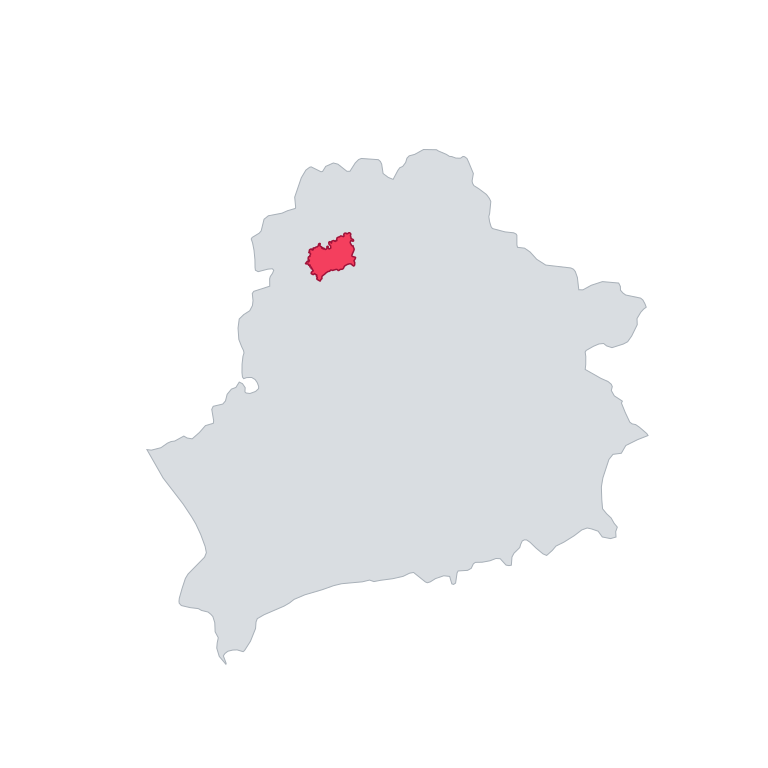 location of Hlybokaye, Vitebsk, Belarus, rotated 338°
{"feature_id": "67162791B12228546801080", "entity_name": "Hlybokaye", "entity_type": "district", "adm_level": 2, "iso_a3": "BLR", "parent_name": "Belarus", "parent_adm1": "Vitebsk", "projection": "albers", "projection_center": [27.835, 55.173], "detail": "fine", "context": "in_parent", "style": "filled", "palette": "rose", "viewbox_px": 768, "rotation_deg": 338, "n_neighbors": 0, "source": "geoboundaries", "source_scale": "gbopen_adm2", "svg_char_len": 9725}
<svg xmlns="http://www.w3.org/2000/svg" viewBox="0 0 768 768"><g transform="rotate(338 384 384)"><path d="M609.5,530.7L598.4,530.6L585.2,531.6L578.1,537.1L569.9,535.0L564.3,538.2L551.8,553.0L547.0,560.8L542.6,572.8L539.9,581.6L541.8,587.7L544.4,593.3L545.2,599.4L546.7,604.1L543.5,607.7L541.8,612.8L536.1,612.2L529.1,607.6L527.4,600.7L522.0,596.0L518.4,593.6L512.7,593.4L503.6,595.9L491.7,598.0L482.7,598.7L477.8,601.3L470.6,603.9L467.8,601.1L463.6,593.3L460.1,585.4L457.8,582.0L455.8,581.1L453.4,581.3L450.6,583.9L448.6,586.5L441.1,589.6L437.8,592.4L434.2,599.7L431.8,599.2L429.3,597.6L426.3,589.5L422.4,587.7L416.0,587.6L408.2,586.0L401.9,583.6L399.5,584.2L395.8,587.6L391.7,588.1L382.7,585.1L381.0,586.5L375.8,595.4L373.4,595.9L372.0,594.7L372.8,587.0L367.6,584.2L358.9,583.7L352.7,584.8L349.7,584.5L348.2,583.0L340.8,569.8L336.8,569.0L329.7,569.5L319.2,567.8L307.2,564.7L300.6,563.4L297.2,560.4L289.8,559.3L269.9,553.3L261.8,552.1L249.8,551.6L231.6,549.8L219.9,550.0L214.4,551.6L208.1,552.5L186.4,553.0L178.6,554.1L176.2,556.7L173.3,562.6L163.8,572.5L154.8,578.9L153.1,579.4L148.2,575.5L144.0,574.0L139.1,573.3L135.5,574.3L133.2,575.9L133.0,583.9L132.4,584.6L129.2,574.8L130.0,566.2L132.4,561.5L135.3,557.2L134.6,550.5L137.7,541.9L138.2,535.5L137.2,532.7L135.4,529.5L130.0,525.6L127.7,522.7L120.3,518.6L113.1,513.5L112.0,510.6L112.5,508.7L114.0,505.9L120.3,497.8L127.0,489.9L131.1,486.8L152.7,477.4L156.1,473.9L157.3,467.7L157.7,455.0L157.1,443.3L155.9,435.3L152.8,420.1L144.0,388.5L139.6,356.0L143.6,358.2L153.3,359.5L161.1,357.7L165.1,357.6L168.6,358.5L178.9,357.3L181.2,360.3L185.6,363.0L194.7,359.8L202.8,355.7L211.0,356.5L212.3,354.3L214.8,343.0L217.3,340.7L227.0,342.2L230.7,340.3L234.7,334.8L240.6,331.6L245.4,331.7L250.5,328.0L252.9,330.7L253.9,335.4L252.1,339.2L252.8,340.7L256.2,342.6L262.1,342.8L266.0,341.3L266.9,339.2L267.0,335.3L266.2,331.6L263.8,328.4L259.1,326.6L255.9,326.5L255.4,324.5L256.6,320.2L259.8,312.5L263.6,305.5L265.8,302.8L266.3,300.4L266.0,296.1L266.1,288.3L269.6,277.5L274.1,269.5L279.9,267.1L286.9,265.8L291.4,262.0L293.8,257.6L295.8,250.7L298.0,249.3L314.7,250.5L317.4,243.6L318.9,241.7L322.1,239.6L324.4,237.2L323.6,235.3L319.3,234.0L309.4,232.7L307.4,230.3L308.1,227.6L310.9,220.4L313.6,211.2L315.0,204.0L315.2,199.8L316.7,198.7L324.8,197.4L327.5,196.0L334.5,186.3L339.8,184.7L353.4,187.4L359.7,187.2L367.6,188.0L368.3,187.0L371.2,177.3L384.6,161.8L391.7,156.4L396.2,155.2L397.8,155.4L405.1,163.6L406.7,163.9L411.5,160.4L419.8,160.1L423.6,162.9L429.3,172.9L432.1,174.0L440.1,168.3L444.5,166.4L447.5,166.4L462.8,173.9L464.0,176.3L464.2,179.3L462.0,188.5L465.3,194.0L469.1,197.7L476.8,191.2L479.6,189.4L482.8,189.3L487.0,186.8L489.9,183.2L492.8,181.9L498.4,182.6L508.5,181.4L520.5,186.5L521.6,188.2L527.8,194.4L530.0,197.5L532.0,198.5L535.3,201.5L539.6,203.3L542.5,202.6L543.9,203.5L545.4,206.0L545.6,210.2L545.7,222.3L541.7,228.8L541.3,231.0L541.6,233.7L545.2,238.7L550.0,246.7L551.2,251.3L551.4,254.8L545.8,265.5L543.9,268.0L542.7,273.1L542.2,278.3L542.8,280.5L553.2,288.3L560.9,292.4L562.7,294.5L562.9,295.9L559.3,304.9L559.0,307.3L565.2,310.7L568.9,316.3L572.3,325.6L578.5,334.3L600.7,346.4L602.7,348.6L603.5,351.4L603.2,357.7L599.9,369.6L603.7,371.2L613.2,370.1L624.9,370.9L639.4,378.3L639.7,382.1L638.4,385.6L639.6,389.1L641.4,392.0L654.1,400.5L655.5,403.1L656.0,407.6L655.9,411.0L652.6,411.9L648.9,413.7L643.1,418.1L641.0,423.9L631.6,432.3L625.7,436.1L620.8,436.6L609.0,435.7L604.7,432.1L602.8,428.7L598.3,427.4L592.3,427.5L584.1,428.6L582.5,429.7L581.4,434.1L578.3,441.6L576.0,445.9L587.2,460.0L592.7,465.7L594.6,469.3L594.7,471.9L592.3,475.2L593.1,481.3L598.6,489.2L597.0,490.6L597.0,500.7L597.6,511.4L599.1,513.9L602.1,515.9L604.6,519.7L609.1,528.4L609.5,530.7Z" fill="#d9dde1" stroke="#a8b0b8" stroke-width="1"/><path d="M400.2,263.3L401.1,262.9L401.4,262.6L401.6,262.2L401.8,261.7L402.0,261.3L402.1,260.8L402.4,260.4L402.4,260.2L402.3,259.5L402.3,259.0L402.3,258.5L402.5,258.3L402.7,258.2L403.0,258.0L403.4,257.7L403.8,257.5L404.2,257.0L404.5,256.8L404.7,256.6L404.9,256.3L405.0,256.1L404.9,255.8L404.7,255.6L404.4,255.3L404.2,255.2L403.9,255.0L403.4,254.6L403.0,254.3L402.7,254.1L402.5,253.8L402.3,253.5L402.2,253.2L402.3,252.8L403.0,252.0L403.8,251.1L404.8,250.2L405.3,249.7L405.7,249.3L406.0,249.0L406.3,248.6L406.7,248.1L406.9,247.4L406.9,247.1L406.9,246.4L406.9,245.4L407.0,244.3L406.6,244.3L406.4,244.1L406.2,243.9L406.0,243.6L406.0,243.4L405.8,242.6L405.8,241.9L405.6,241.6L405.6,241.0L405.6,240.4L405.6,240.1L405.7,239.9L406.6,239.0L406.8,238.7L407.1,238.6L407.6,239.0L407.9,239.4L408.1,239.6L408.6,239.9L408.8,240.0L409.1,239.9L409.3,239.9L409.5,239.6L409.6,239.4L409.6,239.1L409.5,238.6L409.3,238.2L409.0,237.9L408.8,237.7L408.5,237.4L408.2,237.1L408.1,236.9L408.0,236.5L408.1,236.2L408.3,235.7L408.3,235.4L408.4,234.6L408.4,234.2L408.5,233.8L408.9,233.2L409.1,233.0L409.4,232.6L409.4,232.4L409.3,231.9L409.2,231.6L409.0,231.2L408.8,230.9L408.4,230.7L407.9,230.6L407.5,230.7L406.9,230.9L406.2,230.9L405.7,230.7L405.5,230.4L405.4,230.1L405.2,229.8L404.8,229.7L404.3,229.5L404.0,229.5L403.5,229.6L403.1,229.9L402.9,230.1L402.6,230.6L402.5,231.2L402.4,231.5L402.3,231.8L402.1,232.0L401.8,232.1L401.5,232.1L400.9,231.6L400.4,231.2L400.0,230.9L399.7,230.7L399.3,230.5L398.9,230.6L398.5,230.7L398.2,230.8L397.6,230.9L397.0,230.7L396.5,230.7L396.0,230.8L395.2,230.9L394.9,231.3L394.8,231.5L394.6,231.8L394.4,232.0L394.3,232.3L394.2,232.8L394.2,233.0L393.9,233.4L393.6,233.4L393.4,233.2L393.2,233.0L392.9,233.1L392.7,233.2L392.5,233.4L392.2,233.5L391.9,233.2L391.7,233.1L391.6,232.6L391.3,232.3L390.8,232.0L390.4,232.0L389.5,232.0L389.1,232.0L388.8,232.2L388.7,232.4L388.5,232.6L388.5,233.0L388.4,233.3L388.1,233.6L387.9,233.5L387.8,233.3L387.7,232.8L387.6,232.5L387.5,232.2L387.3,231.9L386.9,231.7L386.3,231.8L386.0,231.9L385.8,232.2L385.6,232.9L385.4,233.4L385.4,233.9L385.5,234.3L386.1,235.5L386.2,235.8L386.2,236.2L386.0,236.6L385.9,237.1L385.8,237.3L385.7,237.9L385.6,238.0L385.2,238.1L384.1,238.2L383.8,238.2L383.6,238.0L383.4,237.8L383.3,237.4L383.3,236.6L383.5,236.2L383.7,235.8L383.7,235.5L383.5,235.3L383.0,235.1L382.8,235.2L382.5,235.3L382.3,235.6L382.1,236.4L381.9,236.7L381.8,236.9L381.3,237.2L380.8,237.3L380.0,237.3L379.8,237.1L379.7,237.0L379.6,236.2L379.3,235.8L379.2,235.8L378.9,236.0L378.6,236.1L378.4,236.1L378.2,236.0L378.2,235.7L378.5,235.1L378.4,234.9L378.3,234.7L378.0,234.7L377.7,234.9L377.4,234.9L377.2,234.7L377.2,234.4L377.4,233.8L377.5,233.6L377.3,233.2L376.9,232.8L376.6,232.4L376.5,231.9L376.6,231.4L377.0,230.8L377.1,230.5L377.3,230.2L377.4,229.9L377.1,229.6L376.7,229.5L376.2,229.6L375.9,229.7L375.7,229.9L375.5,230.2L375.3,230.6L375.2,230.9L374.9,231.2L373.9,231.6L373.6,231.8L373.4,231.8L373.1,231.7L372.7,231.6L371.9,231.6L371.2,231.9L370.9,232.0L370.6,231.9L370.2,231.5L369.8,231.5L369.4,231.5L369.0,231.6L368.9,232.0L369.0,232.5L368.8,232.8L368.6,233.0L368.1,233.0L367.8,233.0L367.7,232.9L367.5,232.7L367.4,232.4L367.4,232.0L367.3,231.7L366.9,231.5L366.5,231.5L366.2,231.5L365.5,231.6L365.0,231.9L364.8,232.1L364.8,232.9L364.7,233.2L364.6,233.3L364.0,233.4L363.8,233.5L363.6,233.7L363.7,234.2L363.9,234.5L364.5,234.9L364.7,235.3L364.7,235.7L364.5,236.1L364.2,236.5L363.9,236.7L363.4,237.0L363.3,237.3L363.3,237.7L363.2,237.9L363.0,238.0L362.7,238.0L362.5,237.9L362.3,237.8L362.0,237.8L361.6,237.9L361.4,238.1L361.2,238.3L360.8,239.0L360.6,239.5L360.5,239.8L360.4,240.1L360.6,240.5L361.0,240.9L361.2,241.2L361.0,241.6L360.7,242.0L360.2,242.3L359.8,242.5L359.4,242.4L359.4,242.1L359.5,241.8L359.5,241.5L359.3,241.4L359.2,241.4L358.6,241.6L358.0,242.0L357.7,242.1L357.2,242.4L356.9,242.7L356.5,242.8L356.4,243.0L356.5,243.2L357.0,243.5L357.4,243.8L358.4,244.2L358.6,244.5L358.6,245.2L358.6,245.5L358.8,245.8L359.0,246.0L359.4,245.8L359.6,245.8L359.9,245.9L360.0,246.1L360.0,246.4L359.9,246.6L359.3,247.2L359.2,247.4L359.2,247.6L359.3,247.8L359.5,248.0L360.1,248.3L360.4,248.5L360.4,248.8L360.3,249.2L360.0,249.3L359.8,249.4L359.7,249.5L359.7,249.8L359.9,250.0L360.5,250.3L360.6,250.6L360.6,250.9L360.5,251.2L360.5,251.5L360.6,251.8L360.7,252.0L360.8,252.2L360.8,252.5L360.5,252.7L360.3,252.7L359.9,252.8L359.0,253.0L358.6,253.1L358.0,254.0L357.9,254.2L358.0,254.6L358.1,254.8L358.5,255.0L358.6,255.3L358.8,255.6L359.0,255.8L359.4,256.0L359.6,256.1L359.9,256.0L360.2,255.9L360.5,255.7L361.0,255.6L361.2,255.8L361.2,256.0L361.3,256.2L361.4,256.7L361.5,257.0L362.0,257.3L362.4,257.5L362.4,257.9L362.4,258.2L362.3,258.4L361.8,258.8L361.7,259.0L361.7,259.3L361.7,259.5L361.9,259.7L362.1,259.9L362.1,260.3L361.8,260.7L361.6,260.9L361.1,261.2L361.1,261.6L361.2,262.0L361.6,262.5L362.2,263.3L362.6,263.8L362.9,264.2L363.3,264.6L363.6,264.4L363.8,264.3L363.9,264.1L364.3,263.8L364.5,263.6L365.0,263.3L365.6,263.2L365.8,263.1L366.0,262.9L366.1,262.7L366.1,262.3L366.4,261.8L366.6,261.3L367.0,260.9L367.4,260.7L367.8,260.6L368.7,260.3L369.6,260.1L370.0,260.0L370.8,259.7L371.3,259.4L371.8,259.3L372.3,259.2L373.4,258.9L373.6,258.8L373.9,258.7L374.3,258.8L375.1,259.0L375.9,259.0L376.1,259.0L376.3,258.9L376.4,258.7L376.9,258.5L377.1,258.4L377.5,258.5L377.8,258.6L378.1,258.8L378.5,259.1L378.6,259.3L379.1,259.5L379.5,259.5L379.9,259.5L381.3,259.7L381.8,259.7L382.4,259.8L382.8,259.9L383.4,260.3L383.6,260.5L383.9,261.3L384.0,261.6L384.3,261.7L384.8,261.8L385.0,261.8L385.4,261.6L385.9,261.4L386.3,261.4L386.5,261.4L386.8,261.5L387.3,261.6L387.8,261.8L388.0,261.9L388.4,261.9L388.7,261.9L388.9,261.8L389.3,261.8L389.6,261.6L389.9,261.4L390.4,260.9L390.7,260.6L391.1,260.3L391.4,260.0L391.9,259.8L392.8,259.7L393.2,259.6L393.9,259.5L395.2,259.4L395.6,259.5L396.4,259.5L397.3,259.7L397.8,260.0L398.2,260.3L398.5,260.5L398.8,260.9L399.1,261.8L399.2,262.1L399.4,262.4L399.6,262.5L400.2,263.3Z" fill="#f43f5e" stroke="#9f1239" stroke-width="1.5"/></g></svg>